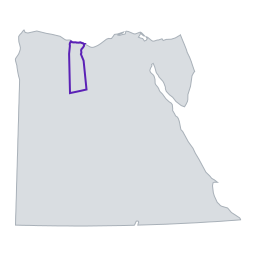 Daba, Matruh, Egypt (highlighted)
{"feature_id": "37247803B11415934472050", "entity_name": "Daba", "entity_type": "district", "adm_level": 2, "iso_a3": "EGY", "parent_name": "Egypt", "parent_adm1": "Matruh", "projection": "albers", "projection_center": [28.255, 29.877], "detail": "fine", "context": "in_parent", "style": "outline", "palette": "violet", "viewbox_px": 256, "rotation_deg": 0, "n_neighbors": 0, "source": "geoboundaries", "source_scale": "gbopen_adm2", "svg_char_len": 3821}
<svg xmlns="http://www.w3.org/2000/svg" viewBox="0 0 256 256"><path d="M240.6,219.8L234.4,220.3L228.2,220.7L222.0,221.2L215.8,221.6L209.6,221.9L203.4,222.3L197.2,222.7L191.0,223.0L184.8,223.3L178.6,223.6L172.4,223.9L166.2,224.2L160.0,224.4L153.7,224.6L147.5,224.8L141.3,225.0L137.8,225.1L138.3,223.3L138.7,222.1L138.2,221.2L137.0,221.0L136.2,221.3L134.5,225.1L133.5,225.3L131.3,225.3L124.1,225.5L116.8,225.6L109.6,225.7L102.3,225.8L95.1,225.9L87.9,226.0L80.6,226.0L73.4,226.0L66.2,225.9L58.9,225.9L51.7,225.8L44.4,225.7L37.2,225.6L30.0,225.4L22.7,225.3L15.5,225.1L15.6,220.6L15.7,216.1L15.9,211.5L16.0,207.0L16.1,202.5L16.3,198.0L16.4,193.5L16.5,189.0L16.6,184.4L16.8,179.9L16.9,175.4L17.0,170.8L17.2,166.3L17.3,161.8L17.4,157.2L17.6,152.7L17.7,148.2L17.8,143.6L17.9,139.1L18.1,134.6L18.2,130.0L18.3,125.5L18.5,120.9L18.6,116.4L18.7,111.8L18.8,107.3L19.0,102.8L19.1,98.2L19.2,93.7L19.4,89.1L19.5,84.6L19.6,80.0L19.5,79.2L18.6,76.1L17.8,72.1L17.0,67.2L16.9,65.7L15.5,60.7L15.4,59.2L15.8,58.2L18.6,54.1L19.4,52.1L20.2,49.7L20.4,47.7L19.7,44.7L18.9,41.9L18.7,39.1L18.7,36.4L20.0,34.5L21.7,32.8L22.3,31.8L23.3,30.6L24.0,30.0L25.2,32.5L27.9,33.0L36.8,31.0L46.5,33.4L51.8,34.3L60.1,36.3L65.1,39.7L66.5,40.1L70.2,40.0L72.5,42.0L82.0,43.0L87.1,45.2L90.0,46.9L91.7,47.4L93.3,47.3L95.3,46.6L97.9,45.4L100.7,43.6L106.5,39.2L108.6,38.4L110.0,38.6L111.6,38.5L112.3,37.3L113.1,36.5L113.7,35.5L114.5,34.4L117.6,34.0L123.6,32.0L122.9,32.9L117.4,35.2L119.8,35.4L122.2,34.6L125.0,34.1L125.5,33.2L125.8,31.4L126.3,31.2L128.3,31.5L134.0,33.9L135.5,33.9L139.4,32.4L140.3,32.1L141.6,32.8L144.7,36.0L143.6,35.9L140.4,33.2L140.1,34.6L138.4,37.2L140.7,38.1L142.6,38.5L143.6,39.8L144.3,41.0L146.1,40.4L147.3,38.7L146.6,37.8L146.1,36.9L146.7,36.8L148.0,37.6L151.7,40.6L153.0,41.2L154.4,41.0L157.3,40.0L158.1,40.1L162.0,38.8L162.5,39.6L163.2,40.5L166.3,39.4L171.3,39.2L175.4,37.9L180.0,35.2L180.4,34.8L180.6,35.4L181.3,37.1L183.0,41.3L184.4,44.6L186.2,49.2L186.8,51.0L187.1,52.2L189.6,57.3L191.2,61.4L192.3,64.8L194.0,69.8L194.7,71.5L193.8,72.4L192.0,75.8L190.5,86.3L187.9,94.6L187.8,99.7L187.4,101.5L186.1,104.2L184.5,106.8L181.3,105.6L176.0,101.5L172.8,97.4L169.5,94.8L166.3,91.4L165.4,88.8L165.4,87.1L163.9,83.1L162.9,81.3L159.1,77.1L157.9,74.8L157.1,73.9L156.2,72.4L154.7,66.9L153.2,63.4L151.6,64.4L151.9,65.9L150.6,68.0L149.8,70.5L150.5,72.4L153.6,75.3L154.2,76.6L155.0,79.4L155.1,83.2L155.6,84.5L157.9,87.3L158.8,88.9L159.3,90.4L160.1,91.7L162.5,94.1L165.8,98.7L169.0,101.7L171.3,103.2L172.3,104.7L172.7,108.6L172.6,110.5L174.7,114.0L175.5,115.8L177.5,117.2L178.4,118.8L179.3,121.5L180.9,129.6L182.7,131.5L188.3,141.8L193.0,148.3L195.3,153.2L198.9,159.2L205.9,172.2L209.9,176.1L211.6,178.3L214.4,179.9L217.5,182.3L214.7,182.2L214.0,182.4L213.0,182.9L212.7,184.5L212.5,185.8L213.3,192.6L214.3,196.0L217.2,202.3L219.2,204.2L220.2,205.4L221.5,206.2L227.6,208.0L231.4,212.5L239.7,217.9L240.6,219.5L240.6,219.8Z" fill="#d9dde1" stroke="#a8b0b8" stroke-width="1"/><path d="M81.4,52.8L81.1,50.2L81.5,49.2L82.9,47.6L83.9,46.1L84.2,44.1L84.3,44.0L84.2,44.0L84.0,43.9L83.8,43.8L83.7,43.8L83.5,43.7L83.4,43.7L83.3,43.4L83.1,43.3L82.9,43.2L82.7,43.1L82.3,43.1L82.2,43.1L81.9,43.0L81.8,42.9L81.7,42.9L81.4,42.9L81.2,42.8L81.2,42.7L80.9,42.6L80.7,42.4L80.4,42.3L80.0,42.4L79.9,42.4L79.7,42.4L79.6,42.5L79.3,42.5L79.2,42.6L78.9,42.7L78.7,42.7L78.3,42.7L78.1,42.7L77.9,42.6L77.7,42.6L77.4,42.6L77.1,42.6L76.8,42.6L76.6,42.6L76.4,42.6L76.2,42.5L76.1,42.4L75.9,42.3L75.7,42.3L75.4,42.3L75.2,42.3L74.9,42.3L74.7,42.3L74.4,42.4L74.2,42.4L73.9,42.4L73.7,42.4L73.4,42.4L73.2,42.3L72.8,42.3L72.7,42.3L72.4,42.2L72.1,42.2L71.9,42.2L71.7,42.1L71.4,41.9L71.3,41.7L71.2,41.5L71.2,41.4L71.2,41.2L71.2,40.9L71.2,40.7L69.9,43.2L69.7,44.3L69.9,45.8L69.1,53.8L70.0,93.1L81.3,90.7L86.5,89.5L83.6,60.7L80.9,54.1L81.4,52.8Z" fill="none" stroke="#5b21b6" stroke-width="2"/></svg>